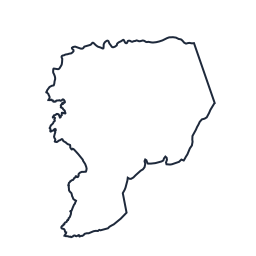 the district of Louvet, Dennery, Saint Lucia, rotated 165°
{"feature_id": "8701671B45979799747328", "entity_name": "Louvet", "entity_type": "district", "adm_level": 2, "iso_a3": "LCA", "parent_name": "Saint Lucia", "parent_adm1": "Dennery", "projection": "albers", "projection_center": [-60.883, 13.961], "detail": "fine", "context": "isolated", "style": "outline", "palette": "slate", "viewbox_px": 256, "rotation_deg": 165, "n_neighbors": 0, "source": "geoboundaries", "source_scale": "gbopen_adm2", "svg_char_len": 5878}
<svg xmlns="http://www.w3.org/2000/svg" viewBox="0 0 256 256"><g transform="rotate(165 128 128)"><path d="M37.8,129.6L42.3,192.9L44.3,193.2L46.6,194.3L48.1,194.5L50.1,194.5L51.6,195.8L52.6,197.9L53.6,199.6L54.9,200.4L55.9,200.8L58.3,202.9L61.1,204.1L62.1,204.3L64.8,204.9L67.0,204.7L72.0,203.7L75.4,203.5L78.6,203.6L81.8,204.1L83.4,204.7L86.1,206.0L87.5,206.1L88.6,206.7L89.6,207.9L91.0,208.7L93.6,208.7L94.8,208.9L96.7,210.2L97.2,210.4L98.3,210.2L100.2,210.4L101.1,210.2L101.6,210.2L102.4,210.6L103.4,211.6L104.0,211.9L104.4,212.1L105.2,212.1L105.7,212.0L106.8,210.6L107.1,210.4L107.4,210.3L108.1,210.5L108.7,211.3L109.3,214.0L109.6,214.3L109.8,214.4L110.2,214.3L112.3,213.6L114.6,213.2L115.4,212.9L116.4,212.4L116.7,212.2L117.5,210.7L118.4,210.4L119.7,209.9L121.2,209.8L122.1,210.1L122.6,210.6L123.6,213.3L124.1,214.4L124.4,216.8L124.5,217.1L124.9,217.5L125.2,217.7L126.1,217.7L127.4,217.2L128.2,216.8L129.1,216.0L129.9,214.9L130.6,212.6L131.0,211.6L131.2,211.3L131.5,211.3L132.0,211.4L133.6,212.8L135.5,214.0L136.3,214.6L137.7,216.4L139.1,218.8L139.7,219.4L140.2,219.5L140.5,219.4L141.5,218.7L142.5,218.1L144.1,218.0L149.1,217.9L150.6,216.7L151.5,216.5L152.8,216.8L153.5,217.2L158.0,220.3L159.3,220.4L160.3,220.4L161.4,220.0L161.5,219.8L161.5,219.4L161.3,218.7L160.7,217.8L160.5,217.4L160.6,216.9L160.8,216.2L162.2,215.3L163.6,214.8L165.6,215.0L167.3,214.9L168.9,215.1L169.7,215.1L171.0,214.8L172.3,214.9L173.1,214.7L173.6,214.3L173.8,213.7L173.8,213.1L173.6,211.8L174.6,208.8L175.4,206.9L175.8,206.2L177.0,205.0L178.7,203.4L179.4,203.0L180.3,202.9L181.3,203.3L184.2,204.6L184.5,204.6L184.9,204.2L185.2,203.4L185.7,201.9L185.9,200.8L185.5,198.9L185.3,196.9L185.4,195.3L185.7,194.1L186.9,192.0L187.6,190.2L188.4,188.8L188.8,188.4L189.0,188.4L190.7,188.5L193.2,187.9L196.3,185.4L196.6,184.9L196.9,184.6L196.9,184.4L197.4,184.1L197.7,183.6L197.6,183.4L197.0,183.1L196.1,181.4L196.1,180.6L195.7,178.7L195.8,177.9L196.2,176.9L197.6,175.8L197.7,175.6L197.3,175.5L196.8,175.8L196.7,175.3L196.5,175.2L196.2,175.3L195.3,175.1L194.7,175.1L194.7,174.6L193.8,174.3L193.4,174.0L193.4,173.0L193.1,172.7L192.4,172.6L192.0,172.3L191.8,172.3L191.7,172.6L191.4,172.6L190.9,172.4L190.3,172.9L189.9,173.0L188.0,172.6L187.1,172.6L186.3,171.8L185.7,171.8L185.4,171.9L185.0,171.8L183.8,172.5L183.6,172.5L183.1,172.3L182.7,171.8L182.2,170.4L182.2,169.5L182.3,169.2L183.0,168.8L183.5,169.0L183.9,169.3L184.3,169.1L184.9,169.1L185.3,168.9L185.0,168.0L186.1,167.9L186.6,167.7L187.1,167.2L187.2,166.7L187.0,166.2L187.5,165.3L187.0,164.8L186.6,164.6L185.9,163.8L185.8,162.9L184.8,161.4L184.6,160.6L184.8,160.1L184.6,159.3L184.6,158.5L184.9,158.3L186.7,159.1L186.7,159.3L187.2,159.4L187.6,159.8L187.9,159.8L188.7,158.0L188.6,157.6L188.9,157.4L189.4,157.2L190.0,156.7L190.1,156.1L190.6,155.7L191.1,155.8L191.1,157.3L191.3,157.6L191.3,158.5L191.5,159.1L192.4,159.8L193.0,159.7L193.4,160.0L194.2,159.6L195.5,159.3L196.2,159.4L197.8,158.0L197.8,157.7L197.0,157.7L196.5,157.4L196.0,156.6L196.2,156.4L196.2,156.1L196.9,155.4L196.8,154.7L196.8,154.0L197.0,153.7L198.2,153.2L199.2,151.9L200.6,151.1L202.0,150.4L202.5,149.5L203.7,148.2L203.7,147.9L203.3,147.4L203.2,147.1L203.3,146.1L203.7,145.6L203.9,145.0L203.7,144.6L203.0,144.6L202.5,144.9L201.0,144.9L199.6,145.8L198.7,146.0L198.2,145.5L198.4,144.4L199.4,143.5L199.4,142.6L200.4,141.1L201.7,138.7L201.6,137.3L201.3,136.4L201.2,135.7L201.3,135.3L202.2,133.9L202.0,133.6L200.5,132.9L199.7,133.0L198.3,133.7L196.9,133.8L194.9,134.4L194.3,134.1L193.8,132.1L191.7,130.0L191.4,129.3L190.2,127.8L189.7,127.6L188.4,126.6L188.4,125.6L188.8,124.3L188.6,123.3L188.1,122.1L187.8,121.8L186.9,122.3L186.3,121.9L185.7,121.2L182.8,115.6L179.9,109.1L179.9,108.0L178.7,104.3L178.4,101.3L178.5,99.4L179.3,97.7L179.9,96.8L180.1,96.7L181.2,97.0L181.9,97.0L184.0,97.6L185.9,97.3L186.7,96.9L187.6,96.3L187.9,95.7L187.9,95.2L188.0,94.7L189.0,93.7L189.8,93.7L190.1,93.9L190.3,94.2L190.3,94.6L190.5,94.8L191.0,94.9L191.7,94.0L192.2,93.7L193.2,93.4L193.6,92.8L194.5,92.1L195.6,92.1L196.6,91.8L197.0,91.5L197.5,91.5L198.2,90.8L199.3,90.2L199.9,89.0L200.4,88.4L200.5,88.1L200.3,88.0L200.0,88.2L199.9,88.1L199.9,87.9L200.6,86.3L200.6,85.5L201.1,83.2L200.7,81.6L199.9,80.4L199.6,79.8L199.5,78.9L199.6,76.5L199.3,75.3L199.3,74.6L199.2,73.7L199.0,73.3L198.7,72.9L197.7,71.9L197.3,71.4L197.1,71.3L197.0,71.2L197.4,70.6L198.2,69.8L198.8,68.7L200.0,67.9L201.0,66.6L201.6,65.9L204.0,62.6L204.3,62.5L205.0,62.7L205.3,62.3L204.8,61.6L204.9,60.9L205.6,59.4L207.2,57.1L207.7,56.7L208.7,56.2L208.8,56.0L208.9,55.5L209.4,55.1L209.7,54.6L210.2,54.8L210.4,54.7L210.8,54.3L211.4,53.4L212.0,53.1L213.1,53.0L213.9,52.5L214.3,52.0L214.4,51.5L214.5,51.4L214.9,51.3L215.3,51.5L215.5,51.3L215.9,50.7L216.9,50.5L218.0,49.6L218.2,48.9L218.0,48.2L217.5,47.8L216.4,47.2L215.9,46.8L215.7,46.3L215.6,45.7L215.6,44.0L215.4,43.6L214.7,43.2L214.9,42.6L215.5,41.9L216.3,41.4L216.5,40.9L217.2,40.6L217.3,40.4L216.7,40.1L216.2,39.7L215.2,39.4L213.9,38.9L213.0,38.2L211.6,37.9L211.2,37.3L210.9,37.3L209.4,37.5L208.6,38.0L207.7,38.1L207.0,37.8L206.6,37.2L205.8,36.8L203.2,37.3L203.1,37.2L203.2,36.3L203.1,36.0L202.8,35.7L201.2,36.0L200.3,35.6L198.7,36.0L197.3,37.0L195.0,37.0L193.2,36.5L188.0,37.2L185.7,37.0L183.7,36.3L182.1,37.0L181.0,36.3L173.3,36.3L171.5,37.4L169.0,38.1L166.7,38.6L158.5,42.3L151.3,46.6L149.9,66.4L147.2,69.2L145.8,71.1L142.2,77.4L141.1,80.0L139.7,78.6L138.3,78.1L135.6,78.8L132.9,80.4L126.8,83.5L124.3,84.2L122.2,85.8L120.6,88.9L120.6,91.7L119.5,93.1L118.6,92.1L118.4,89.6L117.9,88.4L115.2,87.7L110.7,87.0L104.3,87.0L102.3,87.5L101.1,89.3L99.3,90.7L98.4,89.3L98.6,87.2L100.2,84.9L100.2,83.0L96.8,81.8L95.0,81.6L87.5,82.1L84.6,83.7L82.6,82.2L81.6,83.1L79.4,85.4L77.5,87.1L73.5,92.3L70.8,94.6L69.2,98.0L68.9,100.1L67.8,103.6L62.9,108.7L61.0,111.1L59.1,113.0L57.1,115.4L54.4,117.2L51.6,117.2L49.2,117.9L45.9,121.4L43.7,124.2L38.3,129.4L37.8,129.6Z" fill="none" stroke="#1e293b" stroke-width="2"/></g></svg>